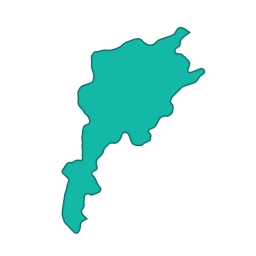 the district of Monción, Santiago Rodríguez, Dominican Republic, rotated 341°
{"feature_id": "3306468B58364807671066", "entity_name": "Monción", "entity_type": "district", "adm_level": 2, "iso_a3": "DOM", "parent_name": "Dominican Republic", "parent_adm1": "Santiago Rodríguez", "projection": "mercator", "projection_center": [-71.168, 19.384], "detail": "fine", "context": "isolated", "style": "filled", "palette": "teal", "viewbox_px": 256, "rotation_deg": 341, "n_neighbors": 0, "source": "geoboundaries", "source_scale": "gbopen_adm2", "svg_char_len": 4724}
<svg xmlns="http://www.w3.org/2000/svg" viewBox="0 0 256 256"><g transform="rotate(341 128 128)"><path d="M120.9,45.3L118.9,46.6L117.9,47.3L116.8,48.7L116.3,49.8L115.2,54.1L114.0,56.7L113.6,58.0L113.3,60.0L113.2,65.0L112.9,67.1L112.7,67.8L112.2,68.9L110.8,71.3L110.2,72.2L109.8,72.6L109.3,72.9L108.7,73.1L107.6,73.3L105.7,73.4L100.0,73.3L98.6,73.5L97.2,73.8L96.0,74.4L94.4,75.7L93.1,77.2L92.3,78.3L92.1,78.9L91.7,80.2L91.1,82.7L90.8,83.8L89.6,86.5L89.2,87.7L89.0,88.9L89.0,90.2L89.2,91.5L89.4,92.1L90.9,95.3L91.3,96.5L91.8,99.0L92.2,100.2L93.6,102.9L94.0,104.1L94.3,105.3L94.4,106.6L94.4,107.9L94.2,109.1L93.8,110.1L93.4,110.6L92.9,110.9L91.9,111.3L88.5,111.6L87.4,111.9L86.9,112.2L86.2,113.0L84.1,116.4L82.9,119.2L81.3,122.4L81.0,123.6L80.3,126.8L79.9,127.9L78.6,130.6L78.3,131.8L77.8,134.3L77.5,135.6L76.0,138.8L75.4,141.6L74.9,142.5L74.6,142.9L74.1,143.2L73.6,143.3L73.0,143.4L72.0,143.1L70.2,142.2L69.1,141.9L68.0,141.8L67.4,141.9L65.5,142.4L64.5,142.5L63.6,142.4L61.6,141.7L60.5,141.6L59.9,141.6L58.6,142.0L57.0,143.0L54.5,145.1L52.2,146.7L51.9,147.1L51.6,147.6L51.5,148.2L51.6,149.3L52.0,150.3L53.2,152.2L54.8,155.8L55.2,156.8L55.2,157.3L55.1,157.9L54.9,158.5L54.3,159.5L51.9,162.5L50.1,165.9L49.3,166.9L47.2,169.5L46.1,171.2L45.1,173.5L43.3,176.6L42.3,178.9L40.6,182.0L39.6,184.3L38.2,186.9L38.0,187.4L37.6,188.7L37.4,190.6L37.3,193.3L37.5,196.0L37.8,197.3L38.2,198.5L39.6,201.1L40.5,203.4L41.9,206.1L43.1,208.8L43.7,209.7L44.1,210.0L44.6,210.3L45.1,210.6L45.6,210.7L46.3,210.6L46.8,210.4L47.3,210.1L48.2,209.3L49.5,207.8L50.2,206.8L51.2,204.5L51.8,203.4L52.5,202.5L53.4,201.8L54.0,201.5L55.2,201.1L59.5,200.4L58.6,198.5L57.4,196.4L56.9,195.3L56.6,194.1L56.6,192.9L56.6,192.3L57.0,191.2L57.3,190.8L57.6,190.4L59.7,188.8L60.5,188.0L61.1,187.0L61.5,185.9L62.3,183.0L63.2,181.1L64.8,177.9L65.2,177.5L65.8,177.1L66.4,176.9L67.7,176.8L68.9,177.1L70.0,177.7L71.4,179.4L77.1,179.5L79.1,179.3L80.4,178.9L80.9,178.6L81.7,177.9L82.2,177.0L82.3,176.4L82.3,175.9L82.1,175.0L81.5,173.5L81.2,172.3L80.9,170.2L80.5,165.9L80.3,164.6L80.0,163.3L79.0,161.3L78.7,160.4L78.7,159.3L78.9,158.8L79.2,158.4L79.6,158.0L80.1,157.8L81.2,157.6L83.5,157.3L84.6,157.0L85.1,156.6L85.5,156.1L85.9,155.0L86.3,151.8L86.6,150.5L87.1,149.3L87.8,148.3L88.7,147.5L89.1,147.2L91.8,145.9L95.7,143.6L96.5,142.8L97.8,141.0L98.5,140.2L99.4,139.4L100.5,138.8L104.1,137.0L105.2,136.6L105.8,136.5L107.0,136.6L107.6,136.7L110.1,137.8L111.2,138.1L112.5,138.2L113.6,137.9L114.6,137.4L117.5,135.6L118.2,134.8L119.3,133.0L120.4,131.7L121.4,131.1L122.0,131.0L122.6,130.9L123.2,130.9L123.9,131.1L124.9,131.7L125.7,132.6L126.3,133.6L126.5,134.2L126.7,135.5L126.7,140.8L126.9,142.7L127.3,144.0L127.5,144.5L128.2,145.5L129.1,146.3L130.2,147.0L133.3,148.3L134.3,148.6L134.9,148.7L135.9,148.5L138.5,147.6L139.7,147.4L142.8,147.1L144.0,146.9L145.0,146.3L145.4,145.9L146.4,144.0L147.1,142.6L147.2,141.6L147.1,141.2L146.4,139.5L146.2,138.5L146.3,138.0L146.4,137.5L146.7,137.1L147.1,136.7L147.5,136.5L148.6,136.2L152.2,135.9L153.4,135.6L154.0,135.3L155.1,134.6L156.1,133.8L159.5,130.6L160.5,129.7L161.6,129.0L162.1,128.7L163.4,128.4L165.3,128.4L167.1,128.7L169.5,129.7L170.5,129.7L171.5,129.4L173.4,128.5L174.4,128.0L174.8,127.6L175.5,126.7L176.8,124.2L177.5,122.6L177.6,122.0L177.6,120.9L177.5,120.3L176.6,117.9L176.6,117.4L176.7,116.9L176.9,116.3L177.5,115.3L178.4,114.3L179.3,113.4L180.4,112.7L181.5,112.1L183.8,111.1L186.4,109.7L188.7,108.7L191.3,107.3L192.5,106.9L193.8,106.7L195.9,106.6L204.3,106.7L205.7,106.5L207.0,106.3L207.7,106.1L208.7,105.5L211.7,103.3L213.2,102.3L214.3,101.9L217.0,101.2L217.4,101.0L217.9,100.7L218.2,100.2L218.5,99.7L218.6,99.2L218.7,98.1L218.5,97.5L218.3,97.0L217.9,96.5L217.4,96.1L216.8,95.9L215.6,95.7L214.2,95.6L207.7,96.0L205.7,95.9L204.5,95.7L204.0,95.5L203.5,95.0L203.2,94.5L203.1,93.9L203.1,93.4L203.2,92.8L203.7,91.8L206.1,89.1L206.8,88.1L207.3,86.9L207.3,85.6L207.2,85.0L206.9,83.9L205.8,81.9L204.8,79.6L202.3,75.5L198.9,74.0L198.0,73.3L197.6,72.8L197.4,72.2L197.3,70.9L197.6,69.7L198.0,69.2L198.4,68.8L199.4,68.3L203.3,67.2L204.3,66.0L205.3,63.9L205.9,62.9L206.7,62.0L207.6,61.2L208.7,60.6L212.5,59.1L214.3,58.6L217.4,57.7L214.4,53.6L212.9,51.8L211.5,50.7L210.4,50.2L209.8,50.0L208.6,50.1L207.4,50.4L206.3,51.1L203.4,53.5L202.2,54.2L200.9,54.6L199.5,54.8L198.1,54.9L189.4,54.8L185.8,55.0L183.8,55.5L181.2,56.8L180.0,57.1L178.8,57.3L177.5,57.4L176.2,57.1L175.6,56.9L174.4,56.3L173.4,55.4L172.5,54.5L171.2,52.9L170.6,51.8L169.5,49.6L168.9,48.6L167.5,47.4L166.4,46.9L165.7,46.7L163.6,46.4L161.4,46.3L157.0,46.4L154.1,46.5L152.7,46.7L151.3,47.1L148.1,48.5L146.8,48.8L144.1,49.1L140.5,49.2L137.7,49.0L135.7,48.6L134.5,48.2L131.9,47.0L130.5,46.6L129.1,46.4L124.1,46.0L120.9,45.3Z" fill="#14b8a6" stroke="#0f766e" stroke-width="1.5"/></g></svg>